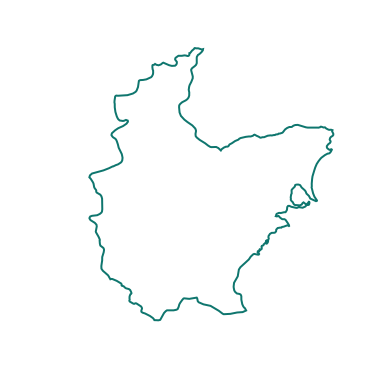 the district of Nacala-A-Velha, Nampula, Mozambique, rotated 29°
{"feature_id": "85939544B78261911608408", "entity_name": "Nacala-A-Velha", "entity_type": "district", "adm_level": 2, "iso_a3": "MOZ", "parent_name": "Mozambique", "parent_adm1": "Nampula", "projection": "mercator", "projection_center": [40.472, -14.556], "detail": "fine", "context": "isolated", "style": "outline", "palette": "teal", "viewbox_px": 384, "rotation_deg": 29, "n_neighbors": 0, "source": "geoboundaries", "source_scale": "gbopen_adm2", "svg_char_len": 6012}
<svg xmlns="http://www.w3.org/2000/svg" viewBox="0 0 384 384"><g transform="rotate(29 192 192)"><path d="M132.4,61.7L131.5,62.6L127.9,63.3L125.8,64.4L124.7,64.7L124.4,65.2L124.3,66.3L123.5,68.3L123.0,71.4L122.4,71.8L123.2,73.4L123.0,74.6L122.0,75.3L120.8,75.5L119.1,76.2L117.1,77.8L114.3,79.3L113.9,79.8L112.6,82.6L112.6,83.3L113.1,84.4L115.6,85.5L116.1,86.3L116.4,87.1L116.5,88.3L115.9,89.8L113.2,91.5L110.5,92.2L104.2,92.8L103.8,93.3L102.9,95.6L101.3,97.4L99.2,98.0L97.6,97.9L97.3,98.9L96.1,100.0L96.0,100.4L96.8,102.0L98.2,103.9L99.1,104.6L100.3,106.7L100.8,108.1L100.9,110.1L100.6,111.4L97.5,115.6L94.9,117.7L92.4,119.3L91.8,120.2L91.7,120.6L93.9,126.4L94.4,130.2L94.1,131.8L92.6,134.5L88.6,138.6L80.6,143.7L79.0,144.4L78.7,144.9L78.5,145.7L79.9,149.5L80.7,151.2L81.7,152.4L83.4,155.4L86.2,159.1L89.4,162.2L90.7,163.2L92.2,164.1L94.1,164.5L96.8,163.5L97.8,162.9L99.3,161.0L101.2,160.7L101.9,161.6L101.6,164.0L99.7,167.8L96.6,171.9L94.9,175.2L93.5,179.3L93.7,180.6L94.1,181.4L95.3,182.0L96.3,182.4L99.1,182.6L100.2,183.0L101.7,184.1L104.2,186.4L106.4,188.8L112.1,192.8L113.3,194.1L114.7,195.8L115.7,198.3L115.7,200.0L115.4,200.9L113.9,203.7L112.3,205.5L110.7,207.8L110.2,208.1L107.9,211.4L104.1,216.0L95.6,224.3L94.7,226.9L95.1,228.9L97.1,229.6L100.4,231.4L101.7,232.3L104.1,235.2L105.1,235.9L107.0,236.7L107.5,237.1L108.1,238.2L108.9,238.7L113.1,238.8L114.9,239.7L116.6,241.4L121.9,250.6L122.7,252.6L122.8,253.8L122.0,255.9L120.3,258.3L116.1,261.3L114.9,262.7L114.8,264.0L115.2,264.9L116.9,265.8L122.0,266.1L124.3,266.9L125.4,268.3L127.0,273.2L127.6,273.8L131.9,276.4L133.9,277.9L134.7,278.7L134.7,279.2L136.5,281.9L137.8,283.3L141.6,283.9L142.7,284.7L143.2,285.4L144.0,287.6L145.0,292.4L146.6,295.4L148.6,300.7L150.0,303.0L152.2,304.1L159.1,305.6L162.9,307.9L163.5,307.2L164.6,306.7L169.3,306.2L174.5,306.4L175.7,307.4L175.7,307.8L176.0,308.0L177.9,307.6L180.2,308.2L181.1,308.2L183.8,307.5L185.4,307.7L187.0,308.8L188.1,309.8L188.1,310.7L187.7,311.3L188.0,313.5L188.8,315.2L189.6,316.2L189.9,317.5L190.7,318.0L194.6,318.1L195.6,317.9L196.4,316.8L197.4,316.4L203.0,316.8L204.2,317.5L204.8,318.2L205.2,320.3L205.4,320.8L205.9,321.3L207.2,321.5L209.9,321.0L215.3,320.8L218.9,321.2L220.5,321.8L221.2,322.3L225.0,320.4L226.2,319.2L226.2,311.4L226.8,309.0L227.5,307.6L233.3,304.4L235.5,302.5L236.2,301.4L236.0,298.9L235.4,296.5L235.4,294.6L235.8,291.1L236.2,289.3L236.7,288.8L241.4,286.8L247.3,282.1L248.1,282.5L250.0,284.7L251.3,285.2L256.5,284.7L263.4,282.6L273.1,282.9L277.8,283.6L279.0,283.5L284.6,280.0L289.9,275.5L294.5,272.5L296.8,269.4L294.7,268.0L293.6,267.8L292.3,267.2L290.4,265.8L287.4,262.3L285.7,259.3L285.0,258.6L284.1,258.1L282.8,258.2L280.4,259.0L278.0,258.4L276.7,257.6L274.9,255.5L274.2,254.4L272.8,251.0L272.9,243.6L270.6,237.1L270.8,234.3L274.4,223.5L274.7,220.1L275.7,216.9L276.4,216.0L279.6,215.0L280.5,214.6L280.8,214.2L280.8,213.7L280.5,213.5L278.6,212.9L278.3,211.9L278.6,211.6L279.3,211.6L279.5,211.4L278.9,209.7L279.0,209.3L280.0,209.4L280.1,208.6L280.5,208.0L280.1,207.0L279.4,206.3L279.2,205.3L280.3,204.0L280.1,203.0L280.7,201.4L280.9,200.0L280.4,198.8L281.0,197.7L281.3,197.5L281.6,197.6L281.8,198.3L281.6,199.7L281.8,200.4L281.4,200.9L281.6,201.1L282.1,201.1L282.4,200.9L282.7,199.5L282.5,198.4L282.0,197.5L281.8,196.0L281.6,195.3L280.8,194.6L280.3,193.4L280.5,190.8L281.5,189.1L283.7,187.8L284.4,187.0L284.6,185.6L283.9,184.0L284.4,182.0L286.2,180.5L287.5,179.8L287.7,178.9L289.0,177.9L291.2,175.3L292.2,174.7L293.3,174.8L293.4,174.6L292.8,173.9L291.1,172.9L287.3,171.0L286.0,171.0L284.3,171.9L283.6,172.0L281.5,171.7L279.4,171.0L279.0,171.2L278.1,172.2L277.0,172.5L276.9,171.4L276.6,170.8L276.7,170.0L278.1,168.2L279.1,167.6L279.8,167.4L282.4,165.0L283.4,164.5L283.7,163.9L283.7,161.6L282.6,159.0L282.8,157.6L283.2,157.3L284.0,156.9L286.0,156.8L290.7,155.4L291.6,154.9L292.7,153.5L296.4,152.1L298.2,149.7L298.5,148.0L300.3,146.7L300.4,146.0L300.0,144.5L299.3,143.8L298.9,143.9L298.7,145.7L298.2,147.1L297.5,147.5L294.6,147.0L294.1,147.9L294.0,149.8L292.8,151.4L288.5,153.4L287.8,153.5L286.5,153.1L285.2,152.1L283.6,151.7L282.2,151.0L281.6,149.7L280.9,148.8L279.9,146.0L279.9,145.0L278.2,142.1L278.3,140.9L279.3,137.4L278.9,136.0L279.5,135.1L281.2,134.0L282.8,133.6L283.5,133.7L285.7,134.9L289.7,135.8L291.1,136.4L292.9,137.9L296.1,138.7L298.7,140.4L304.9,139.9L305.5,139.2L305.4,138.8L301.3,136.7L298.5,134.4L294.3,129.9L294.1,129.1L292.7,126.7L290.8,122.5L289.8,119.9L288.6,114.4L287.9,110.9L287.5,107.1L287.7,103.9L288.2,100.7L288.6,99.2L290.4,95.2L292.0,92.7L293.1,91.9L293.5,91.3L293.9,89.4L293.8,87.2L293.3,87.0L292.9,87.2L292.2,88.3L291.7,88.5L289.4,88.2L288.7,87.9L288.1,87.3L287.7,86.5L287.8,85.7L288.0,84.2L288.9,82.2L288.9,81.0L288.6,80.4L287.3,79.7L286.9,79.2L286.6,77.5L286.9,76.3L287.8,74.7L287.9,73.5L287.2,72.4L285.2,71.1L284.9,69.8L283.5,70.1L281.8,71.1L281.2,71.3L278.7,71.4L276.9,71.0L275.8,71.8L273.5,72.2L272.8,72.6L272.6,73.3L271.4,74.4L261.9,79.6L260.3,80.2L252.0,82.0L249.8,83.4L248.5,84.9L247.9,86.4L247.2,87.1L245.6,88.0L244.2,89.8L243.1,92.1L242.5,95.9L242.2,96.5L240.5,98.3L239.5,98.9L239.1,99.9L237.5,101.0L236.8,102.1L236.2,102.3L234.4,103.9L233.2,104.4L230.9,106.1L228.5,109.1L227.2,109.8L225.8,111.2L225.1,111.4L223.4,111.3L221.5,111.5L219.0,111.5L218.4,112.1L218.0,113.3L216.4,115.0L214.9,115.8L212.4,117.6L208.4,121.2L207.5,122.5L207.2,123.7L205.0,126.5L203.3,129.9L201.8,132.2L201.6,134.4L200.8,135.3L199.8,135.8L198.4,137.6L197.2,140.2L197.1,141.7L193.7,140.8L191.3,140.9L187.3,143.3L186.1,143.7L183.6,143.6L179.8,143.0L173.4,142.7L169.6,142.0L168.1,141.3L166.9,139.5L166.1,137.1L165.6,136.2L164.1,134.9L160.0,133.6L153.9,133.0L150.2,132.4L145.4,130.8L142.6,128.5L139.6,124.1L138.8,122.4L139.0,120.6L139.9,118.2L142.1,114.9L142.9,113.1L143.2,111.1L142.8,109.0L141.3,106.2L139.6,104.2L138.5,101.4L138.1,99.7L138.0,96.1L137.5,92.2L136.6,90.5L132.4,86.1L131.9,85.2L132.1,83.5L133.4,80.5L133.9,78.8L133.7,77.0L131.1,72.4L130.7,71.3L130.8,69.2L131.6,67.8L132.5,65.1L132.8,62.9L132.4,61.7Z" fill="none" stroke="#0f766e" stroke-width="2"/></g></svg>